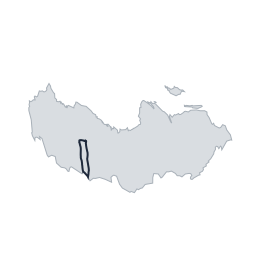 Sorsele, Västerbotten, Sweden shown in context, rotated 245°
{"feature_id": "70781695B2170511041252", "entity_name": "Sorsele", "entity_type": "district", "adm_level": 2, "iso_a3": "SWE", "parent_name": "Sweden", "parent_adm1": "Västerbotten", "projection": "equal_earth", "projection_center": [16.78, 65.694], "detail": "fine", "context": "in_parent", "style": "outline", "palette": "slate", "viewbox_px": 256, "rotation_deg": 245, "n_neighbors": 0, "source": "geoboundaries", "source_scale": "gbopen_adm2", "svg_char_len": 4962}
<svg xmlns="http://www.w3.org/2000/svg" viewBox="0 0 256 256"><g transform="rotate(245 128 128)"><path d="M57.1,164.0L58.0,165.8L60.1,165.6L61.0,164.3L62.1,160.5L60.9,156.2L62.8,154.8L64.0,152.4L66.8,151.8L70.6,149.1L71.1,146.3L72.0,144.3L69.0,138.3L68.8,136.8L73.6,136.0L75.8,132.1L72.6,129.5L67.6,127.1L69.6,119.7L67.6,115.6L68.0,113.9L67.7,111.4L69.0,110.3L66.7,106.5L69.2,104.0L68.9,102.6L76.0,97.5L80.6,96.6L89.1,97.3L91.2,95.3L91.3,94.2L90.5,91.7L85.8,90.2L91.1,85.7L95.2,81.3L96.1,77.1L97.1,75.3L96.2,71.3L101.6,70.9L106.5,69.2L105.9,67.0L116.6,60.4L116.9,59.2L116.1,58.1L113.6,56.1L114.3,55.2L117.2,54.7L118.6,53.8L120.7,50.8L126.5,48.4L132.9,50.0L135.6,47.3L135.4,43.7L137.7,43.3L154.8,45.6L157.6,44.2L154.7,43.5L157.5,42.1L158.4,41.2L158.6,40.2L158.5,39.6L156.1,38.3L161.5,38.1L164.4,38.7L164.7,39.5L176.4,43.8L185.6,45.5L188.3,46.7L189.3,48.1L190.8,48.1L192.5,49.4L194.3,50.1L192.9,51.0L193.1,53.0L193.6,54.0L192.7,55.7L195.8,56.2L196.3,57.2L194.8,58.3L195.0,59.5L199.1,63.3L198.1,64.5L197.9,66.0L196.2,67.1L196.0,68.3L196.4,69.8L197.0,70.6L198.7,71.1L201.7,75.2L198.8,75.5L196.6,74.9L191.5,75.4L190.2,76.0L186.2,74.4L184.0,75.3L182.4,74.5L181.2,75.9L181.0,77.7L179.1,77.5L179.8,78.3L177.3,78.5L177.1,78.8L177.7,79.3L176.9,79.8L173.5,80.0L173.0,80.6L174.1,81.3L174.0,81.8L171.8,81.1L173.4,82.5L173.7,83.5L169.1,87.4L170.7,88.4L172.1,90.7L173.5,91.7L172.9,92.7L168.1,95.3L165.3,99.2L159.2,101.8L155.9,102.5L153.8,104.3L151.3,103.8L151.3,104.8L149.7,104.2L148.4,105.8L146.1,107.2L143.7,107.0L143.4,107.2L144.1,107.6L141.3,108.0L140.5,109.5L138.4,109.9L138.0,110.4L140.2,110.5L139.7,111.7L137.3,112.3L136.4,113.0L135.3,113.0L135.6,112.4L133.9,112.5L133.4,111.8L133.1,112.0L134.2,113.9L133.4,114.7L135.0,115.5L130.5,117.5L127.8,116.7L127.5,117.3L128.1,119.0L130.4,120.3L129.0,121.2L127.5,125.2L128.5,127.6L125.4,127.1L125.7,128.0L124.7,129.1L125.1,130.7L124.8,131.7L125.5,132.6L125.1,133.1L125.6,137.5L126.4,139.4L126.1,140.9L127.4,141.7L130.1,141.9L130.9,143.2L134.3,142.4L136.7,144.9L141.4,147.1L141.1,148.4L144.1,149.5L145.8,151.4L146.5,152.9L146.3,153.9L141.7,156.6L138.2,158.4L134.6,159.5L134.8,159.9L136.6,160.1L141.0,158.8L142.2,159.9L139.9,160.5L139.4,162.0L138.4,163.0L128.6,166.5L127.4,167.7L123.0,169.4L115.2,169.3L114.0,169.7L120.8,170.4L122.4,171.7L119.1,172.6L120.5,175.7L119.7,176.5L119.7,180.0L118.5,180.1L118.0,181.5L118.6,185.0L119.1,186.0L118.9,187.1L117.0,189.5L117.6,192.3L115.5,197.6L113.1,200.7L111.2,204.8L109.1,206.3L106.7,205.3L103.1,205.9L96.5,205.7L95.6,206.1L96.1,207.6L93.7,207.4L89.5,210.6L89.3,212.2L91.0,215.2L88.9,217.1L84.4,216.7L78.5,217.9L73.2,216.9L73.9,215.9L74.4,211.9L68.6,203.8L71.4,204.6L72.5,204.2L70.9,201.6L73.3,201.4L74.1,200.5L73.7,199.0L71.7,198.3L70.0,195.9L68.3,194.7L65.2,190.0L64.1,186.8L63.0,187.1L62.2,183.4L60.5,182.9L60.2,179.2L58.4,178.8L57.3,177.1L57.2,173.9L55.1,173.5L55.4,172.0L54.9,166.4L54.3,164.7L54.9,163.4L56.1,163.3L57.1,164.0ZM148.0,181.2L147.1,181.5L146.5,182.5L144.9,183.0L144.7,186.3L146.1,187.5L144.7,188.1L143.7,189.8L141.0,190.9L140.0,192.0L139.4,193.6L137.1,194.5L138.7,192.1L136.5,189.4L137.1,188.4L136.9,185.2L141.6,181.2L143.8,180.8L144.8,181.2L145.2,180.2L145.9,180.0L148.0,181.2ZM117.6,203.8L116.4,204.5L116.1,203.5L116.2,199.7L118.9,195.1L120.0,194.8L123.3,188.7L123.6,188.3L124.7,188.7L123.9,189.2L123.9,190.3L121.9,193.5L121.4,195.7L120.6,196.2L117.6,203.8ZM149.0,179.9L148.8,180.8L147.6,180.1L148.7,179.1L151.0,179.3L149.0,179.9ZM143.2,157.0L141.7,158.4L141.4,157.8L141.7,157.2L143.2,157.0ZM139.9,164.1L139.2,164.2L139.7,163.3L140.7,163.1L139.9,164.1Z" fill="#d9dde1" stroke="#a8b0b8" stroke-width="1"/><path d="M106.2,68.8L106.3,68.8L106.3,69.1L106.4,69.3L106.4,69.5L106.2,69.6L105.7,69.8L104.9,70.0L103.4,70.5L102.9,70.6L102.5,70.7L102.1,70.9L101.7,71.0L101.1,71.1L100.6,71.1L101.2,71.5L101.8,71.9L102.5,72.4L103.7,73.1L104.5,73.5L105.4,74.1L105.9,74.5L106.9,74.9L107.9,75.3L108.9,75.6L110.4,76.0L112.1,76.5L114.7,77.2L115.9,77.5L117.4,78.0L117.8,78.3L118.4,78.7L118.9,79.0L119.4,79.3L120.4,79.9L121.5,80.4L122.7,80.9L123.7,81.1L124.7,81.3L125.5,81.5L126.4,81.7L127.3,81.9L128.7,82.3L129.8,82.6L131.1,83.1L131.7,83.2L132.0,83.4L132.4,83.6L132.7,83.9L133.2,84.1L133.5,84.2L133.6,84.4L134.0,84.5L134.3,84.3L133.9,84.1L134.1,83.7L134.3,83.6L134.5,83.1L135.1,82.6L135.5,82.2L135.9,81.9L136.3,81.1L136.8,80.5L137.1,79.8L137.3,79.4L137.0,78.9L137.1,78.6L136.9,78.5L136.4,78.3L135.9,77.9L135.7,77.8L135.3,77.7L135.0,77.8L134.6,77.8L134.3,77.7L133.9,77.5L133.4,77.5L133.1,77.5L132.7,77.3L132.2,77.2L131.6,77.2L131.3,77.1L130.8,77.0L130.4,76.9L129.9,76.7L129.3,76.5L128.0,75.9L127.0,75.4L125.8,74.8L123.5,73.7L122.4,73.3L121.4,72.8L120.7,72.6L120.1,72.4L119.6,72.4L118.8,72.3L118.2,72.3L117.8,72.1L117.2,72.0L116.6,71.8L116.0,71.6L115.3,71.4L114.6,71.1L113.9,70.8L113.0,70.6L112.5,70.4L112.0,70.2L111.4,70.0L110.9,69.8L110.1,69.6L109.3,69.3L108.8,69.2L108.2,69.1L107.7,69.0L107.1,68.9L106.8,68.9L106.4,68.8L106.2,68.8Z" fill="none" stroke="#1e293b" stroke-width="2"/></g></svg>